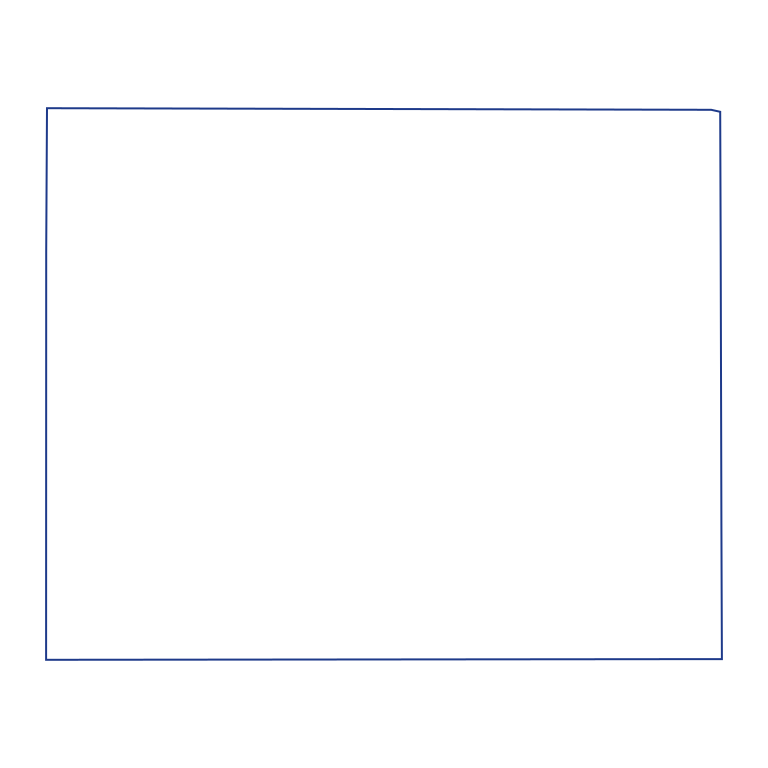 the district of Pratt, Kansas, United States of America
{"feature_id": "52423323B94351819827308", "entity_name": "Pratt", "entity_type": "district", "adm_level": 2, "iso_a3": "USA", "parent_name": "United States of America", "parent_adm1": "Kansas", "projection": "orthographic", "projection_center": [-98.709, 37.648], "detail": "fine", "context": "isolated", "style": "outline", "palette": "blue", "viewbox_px": 768, "rotation_deg": 0, "n_neighbors": 0, "source": "geoboundaries", "source_scale": "gbopen_adm2", "svg_char_len": 231}
<svg xmlns="http://www.w3.org/2000/svg" viewBox="0 0 768 768"><path d="M46.2,251.8L46.1,659.8L721.9,659.1L721.4,524.0L720.7,252.4L720.2,111.8L711.2,109.8L47.0,108.2L46.2,251.8Z" fill="none" stroke="#1e3a8a" stroke-width="2"/></svg>